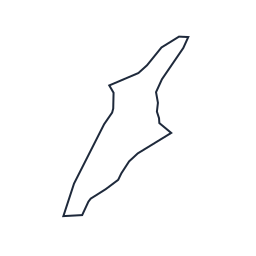 the border of Komen, rotated 123°
{"feature_id": "SVN-1030", "entity_name": "Komen", "entity_type": "Municipality", "adm_level": 1, "iso_a3": "SVN", "parent_name": "Slovenia", "parent_adm1": "", "projection": "robinson", "projection_center": [13.721, 45.818], "detail": "fine", "context": "isolated", "style": "outline", "palette": "slate", "viewbox_px": 256, "rotation_deg": 123, "n_neighbors": 0, "source": "natural_earth", "source_scale": "10m", "svg_char_len": 513}
<svg xmlns="http://www.w3.org/2000/svg" viewBox="0 0 256 256"><g transform="rotate(123 128 128)"><path d="M28.5,137.3L23.6,135.0L18.9,127.0L30.8,125.2L68.6,126.1L82.7,124.0L90.6,116.6L98.5,112.7L102.9,107.3L106.8,104.4L108.6,89.1L144.0,106.0L155.4,108.9L169.6,108.9L176.8,108.0L191.5,113.4L207.5,120.8L211.3,121.1L226.0,119.0L237.1,134.2L204.0,143.0L137.8,150.1L123.7,149.7L119.7,151.0L106.3,159.3L102.5,166.9L76.2,149.2L65.0,146.2L42.2,143.8L28.5,137.3Z" fill="none" stroke="#1e293b" stroke-width="2"/></g></svg>